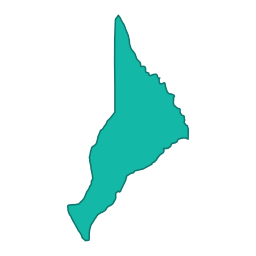 outline of Alajuelita, San José, Costa Rica
{"feature_id": "36466004B46063821008241", "entity_name": "Alajuelita", "entity_type": "district", "adm_level": 2, "iso_a3": "CRI", "parent_name": "Costa Rica", "parent_adm1": "San José", "projection": "equal_earth", "projection_center": [-84.116, 9.889], "detail": "fine", "context": "isolated", "style": "filled", "palette": "teal", "viewbox_px": 256, "rotation_deg": 0, "n_neighbors": 0, "source": "geoboundaries", "source_scale": "gbopen_adm2", "svg_char_len": 5612}
<svg xmlns="http://www.w3.org/2000/svg" viewBox="0 0 256 256"><path d="M115.8,18.7L115.4,20.1L114.7,39.8L114.6,63.3L114.9,87.2L114.9,112.2L110.1,118.4L107.3,121.0L106.8,122.5L105.9,124.3L105.7,124.5L105.4,125.1L104.6,125.8L103.2,128.2L102.7,128.9L102.4,129.2L101.4,129.8L100.4,130.7L98.9,134.7L98.6,135.2L98.6,135.4L98.4,135.9L98.0,136.7L97.8,137.4L97.6,139.1L97.5,139.3L97.3,140.4L97.1,140.7L97.1,141.1L96.8,141.9L96.3,143.4L96.3,143.5L96.2,143.8L94.8,145.2L94.6,145.3L93.6,146.1L93.1,146.3L92.2,147.1L91.9,147.2L91.6,147.9L91.2,149.7L90.5,151.8L90.3,153.4L89.4,157.4L89.6,158.4L89.9,161.8L90.0,162.2L90.0,162.5L90.3,163.2L90.4,163.9L90.7,164.9L90.8,166.4L91.0,167.3L91.1,169.0L91.2,169.5L91.4,170.0L91.6,171.0L91.8,171.9L91.8,172.3L92.2,173.8L92.4,175.1L92.4,175.7L92.6,177.0L92.6,177.8L92.7,178.8L92.5,179.5L91.9,180.2L91.4,181.4L91.4,183.3L91.2,183.6L91.1,184.3L90.8,185.1L90.4,185.6L89.8,186.2L89.5,187.0L89.1,188.3L88.7,189.1L88.5,189.3L87.8,190.5L87.5,190.9L87.4,191.1L87.1,191.4L87.0,191.7L86.8,191.9L83.9,198.8L83.7,198.8L83.3,199.2L82.9,199.8L82.3,200.5L80.8,201.8L79.8,203.0L79.5,203.2L78.9,203.8L78.7,203.8L78.0,204.2L76.3,204.3L75.8,204.6L75.3,204.6L74.9,204.7L71.9,204.7L70.9,204.9L69.5,205.0L69.3,205.2L68.6,205.2L68.4,205.4L68.1,205.5L67.8,205.8L67.7,206.2L67.9,207.2L68.0,210.0L68.4,211.3L68.5,211.8L68.7,212.2L68.7,212.6L69.7,214.7L70.6,215.9L71.2,217.0L71.4,217.3L71.4,217.8L71.8,218.5L72.0,218.6L72.0,218.8L72.7,220.1L72.9,220.7L73.1,220.8L73.1,221.0L73.8,222.2L74.0,222.5L74.3,223.0L74.5,223.4L75.2,224.5L75.5,225.1L75.9,225.6L76.3,226.7L76.5,226.9L76.7,227.5L77.1,228.0L78.4,230.5L78.4,230.8L78.7,231.0L79.4,231.8L79.5,231.9L79.8,232.4L79.9,232.5L80.1,232.9L80.4,233.2L81.0,234.4L81.2,234.6L81.3,235.0L81.5,235.3L81.6,235.7L81.8,236.0L81.9,236.7L82.0,237.1L82.1,237.3L82.1,237.5L82.3,237.8L85.4,240.6L86.2,240.6L86.3,240.5L87.5,240.4L88.3,240.3L88.8,240.2L88.9,239.7L89.0,239.6L89.3,238.0L89.2,234.5L89.3,234.0L89.3,232.4L89.4,231.2L90.3,227.1L90.9,225.2L93.7,220.8L93.9,220.4L94.6,219.2L95.2,218.4L95.4,218.0L95.8,217.7L96.8,215.9L97.3,215.4L97.5,215.0L97.9,214.6L98.7,214.1L99.2,213.6L99.4,213.6L99.8,213.3L100.2,213.2L100.6,212.9L101.3,212.5L101.9,212.4L104.5,210.9L105.6,209.9L106.1,209.3L106.1,209.1L106.5,208.5L106.6,208.4L106.7,208.0L106.8,207.9L107.1,207.4L107.4,207.2L108.3,206.5L108.7,206.2L108.9,206.2L109.0,206.0L110.9,205.2L111.5,204.7L111.8,204.6L112.4,204.1L113.0,203.4L113.7,202.2L113.7,201.9L113.9,201.8L114.6,200.7L115.3,199.4L115.7,198.1L115.7,197.9L115.8,197.8L115.8,196.1L115.7,195.9L115.7,194.0L115.8,193.3L116.2,192.8L118.2,191.2L118.5,191.1L118.8,191.6L119.3,191.9L119.7,191.9L120.4,191.3L120.8,190.7L120.9,190.0L125.6,180.4L126.7,176.0L130.9,173.3L133.5,172.8L134.7,170.9L143.2,168.9L151.8,164.2L151.7,163.8L152.0,163.3L152.5,162.9L153.3,162.4L153.8,162.3L154.3,161.9L154.6,161.8L154.8,161.5L155.2,161.2L155.5,160.7L155.8,160.4L156.0,160.4L156.1,160.2L156.4,159.8L156.5,159.6L156.6,159.3L157.2,158.7L157.3,158.0L157.7,157.6L158.0,157.4L158.1,157.2L158.3,157.0L158.5,156.6L159.0,156.1L159.2,155.7L159.5,155.5L159.7,155.1L160.1,154.9L160.1,154.7L160.7,154.2L161.2,154.0L161.4,154.0L161.6,153.6L162.3,153.4L163.0,152.8L163.4,152.3L163.5,152.2L163.6,151.7L164.0,150.7L164.0,149.7L163.7,149.1L163.4,148.8L163.4,148.5L166.8,148.5L167.1,148.4L167.2,148.2L168.2,148.2L168.3,148.1L168.3,147.9L168.7,147.8L168.7,147.6L169.4,147.2L169.7,146.9L170.0,146.9L170.4,146.5L170.5,146.1L170.8,145.7L171.1,145.2L171.3,144.4L172.0,143.6L172.1,143.4L174.7,143.0L175.0,142.8L175.4,142.7L175.6,142.5L176.8,141.9L177.2,141.4L177.4,141.0L177.5,140.4L177.7,140.0L177.9,139.8L178.2,139.6L178.8,139.0L179.4,138.7L180.0,138.7L181.0,138.4L181.4,138.4L181.9,138.1L182.6,138.1L182.9,138.0L185.8,138.0L186.3,138.1L186.5,138.4L187.0,138.6L187.3,138.8L187.6,138.8L187.7,139.0L188.1,139.0L188.3,129.3L187.3,125.7L185.5,124.8L185.4,124.3L184.7,123.3L184.3,122.8L184.2,122.6L184.3,121.4L184.7,120.3L184.7,119.8L184.2,118.4L184.2,116.4L183.9,116.0L183.4,115.7L182.2,115.3L181.5,114.8L181.0,114.1L180.9,113.8L180.3,113.1L180.1,112.0L180.1,109.7L179.9,109.0L179.3,108.7L178.0,108.4L177.7,108.1L177.0,107.9L176.6,107.6L175.9,106.9L175.4,106.3L175.1,106.1L174.4,105.9L174.1,105.6L173.8,104.9L173.7,104.2L173.4,103.5L173.4,101.3L173.6,100.2L173.6,98.6L173.3,97.9L174.4,96.6L174.3,95.7L174.1,95.4L173.7,95.0L171.4,94.1L170.7,93.9L170.2,93.9L169.3,93.7L168.0,92.9L167.6,92.3L167.5,91.9L167.0,91.3L166.3,89.2L165.5,86.7L165.2,84.1L164.7,83.1L164.3,82.8L163.5,82.9L162.4,83.7L161.9,83.8L160.2,83.8L160.1,83.7L159.9,83.4L159.7,83.0L159.5,82.5L159.2,81.6L159.1,79.6L159.6,78.1L158.0,77.9L157.6,77.1L157.5,76.8L157.4,76.5L157.4,75.9L157.3,75.5L156.7,74.7L156.3,74.4L155.9,74.2L154.8,74.2L153.3,74.6L152.6,74.6L151.0,75.5L149.4,75.5L149.2,75.3L149.1,75.0L149.0,74.5L148.9,74.3L148.8,73.6L148.6,73.0L148.3,72.9L147.9,72.9L147.6,72.7L146.6,72.5L145.9,72.1L145.9,71.9L145.6,71.3L145.6,68.7L145.3,67.6L145.1,67.1L144.8,66.8L144.4,66.5L143.5,66.4L141.0,66.3L140.5,65.4L140.5,63.7L140.4,63.6L140.4,63.3L140.0,62.4L139.8,62.2L139.5,61.7L138.5,60.9L136.9,59.2L136.4,58.2L136.2,57.4L136.0,57.0L136.0,56.7L135.6,55.8L135.5,55.6L135.1,54.2L134.7,53.4L134.0,52.6L133.8,52.1L133.6,51.8L131.9,50.0L131.8,49.8L131.7,49.7L131.1,48.7L130.6,47.4L129.6,44.0L129.4,42.7L129.4,41.7L129.3,40.5L129.0,38.9L128.5,37.3L128.4,35.9L125.5,28.8L124.7,26.4L123.7,24.1L122.9,23.1L122.5,22.2L121.9,21.5L121.7,20.9L121.5,20.7L121.4,20.4L121.0,19.8L120.7,19.0L120.1,17.7L118.8,16.0L118.7,15.7L118.4,15.4L118.2,15.5L117.8,16.1L117.5,16.7L117.3,16.8L117.1,17.1L116.4,18.0L116.1,18.4L115.8,18.7Z" fill="#14b8a6" stroke="#0f766e" stroke-width="1.5"/></svg>